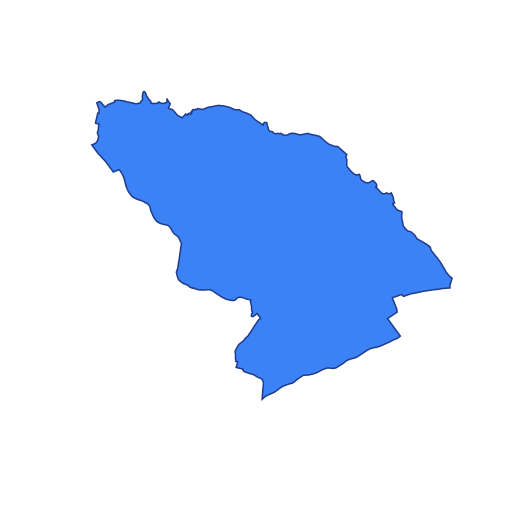 the district of Bichis, Mures, Romania, rotated 196°
{"feature_id": "2599482B14614576854068", "entity_name": "Bichis", "entity_type": "district", "adm_level": 2, "iso_a3": "ROU", "parent_name": "Romania", "parent_adm1": "Mures", "projection": "mercator", "projection_center": [24.102, 46.369], "detail": "fine", "context": "isolated", "style": "filled", "palette": "blue", "viewbox_px": 512, "rotation_deg": 196, "n_neighbors": 0, "source": "geoboundaries", "source_scale": "gbopen_adm2", "svg_char_len": 6121}
<svg xmlns="http://www.w3.org/2000/svg" viewBox="0 0 512 512"><g transform="rotate(196 256 256)"><path d="M352.6,381.7L353.6,380.4L354.4,380.5L354.7,380.2L354.8,379.7L355.5,379.2L356.1,379.5L356.8,379.5L357.0,379.3L357.5,378.4L357.4,378.0L357.1,377.4L357.0,377.2L358.0,376.8L358.1,376.5L358.0,376.2L357.5,375.7L357.3,375.2L357.4,374.8L357.6,374.5L358.2,374.4L358.5,374.5L359.1,375.0L359.4,374.9L360.3,374.1L360.7,373.6L360.8,373.2L360.3,373.1L360.2,373.0L360.3,372.8L361.0,372.5L362.1,372.6L362.8,373.1L364.9,368.7L369.1,369.3L370.5,369.7L374.2,372.3L375.7,373.2L377.1,373.7L379.8,373.8L381.0,374.0L380.5,377.3L380.5,379.0L381.4,379.4L382.7,380.4L384.7,382.4L384.8,382.4L384.4,380.7L384.2,379.6L384.4,378.5L385.3,378.3L386.7,377.2L388.8,376.9L389.6,376.5L390.0,376.4L390.3,376.6L390.5,376.8L391.0,377.2L391.9,377.3L392.2,376.8L392.3,376.1L392.7,375.6L393.0,375.4L393.4,375.6L394.5,374.9L395.3,374.8L396.7,374.3L398.5,373.9L399.3,373.9L399.3,374.6L399.6,375.5L400.6,376.3L401.7,376.8L405.0,379.4L407.4,382.6L408.7,383.3L409.2,383.2L409.6,381.8L409.6,380.5L409.2,377.9L408.7,376.4L408.2,375.4L408.2,374.9L408.9,373.6L409.3,372.7L409.4,371.0L410.2,370.8L412.6,369.5L413.3,369.2L419.5,368.9L422.8,368.6L425.5,368.7L431.0,367.9L433.9,366.9L434.6,366.5L434.5,365.5L434.3,365.1L439.8,360.8L441.4,358.5L441.9,357.5L442.1,357.5L447.7,361.1L449.2,361.3L451.3,359.3L447.1,353.4L446.4,350.0L447.5,349.8L447.1,341.3L446.9,339.4L443.2,339.5L443.2,338.2L443.0,336.5L442.3,333.6L442.3,333.0L442.5,332.4L442.5,330.9L442.2,330.2L441.9,329.6L440.5,328.3L440.3,327.2L440.1,325.6L440.1,323.2L440.7,321.3L441.2,320.4L442.6,319.0L444.5,317.5L436.3,311.2L427.0,305.6L416.3,297.4L411.4,301.2L410.5,300.7L409.3,299.8L407.6,298.3L404.9,295.2L402.9,292.2L400.5,287.8L397.4,283.8L396.6,282.9L393.6,280.4L391.3,278.9L388.6,278.2L385.3,277.7L380.9,277.6L380.2,277.4L379.5,277.4L378.6,277.2L377.4,276.7L375.2,276.5L373.5,275.7L372.4,275.0L371.7,274.2L370.8,272.8L370.2,271.6L369.7,270.8L367.2,267.6L364.6,264.6L361.3,262.1L359.1,261.3L356.2,260.9L354.2,260.9L349.3,261.2L348.2,260.9L346.6,259.9L345.6,259.1L343.6,257.0L340.9,254.9L340.1,254.5L337.9,253.8L336.2,252.9L334.4,251.5L333.7,250.7L333.3,249.8L332.8,249.3L331.9,248.4L331.2,247.8L330.3,241.0L328.8,230.6L328.6,227.9L328.3,226.2L328.1,224.4L327.8,222.7L328.0,221.2L328.1,218.4L327.3,217.1L326.5,215.5L324.8,213.0L324.0,212.0L323.0,211.3L319.1,209.8L318.0,209.5L313.6,209.1L311.1,207.9L309.0,207.6L307.6,207.6L306.5,208.3L306.0,207.8L303.2,207.6L301.5,207.8L299.3,208.2L295.6,209.3L292.7,210.5L291.4,210.7L288.6,210.7L282.4,208.5L281.0,208.2L277.9,207.2L272.5,206.2L267.6,206.5L265.6,206.9L265.1,207.1L264.4,207.4L263.7,208.2L262.3,210.8L261.9,211.1L260.2,211.9L257.6,212.4L253.3,212.0L249.0,212.3L248.7,212.2L248.8,210.6L247.1,207.5L246.6,207.0L246.0,205.4L245.9,204.3L244.5,201.5L243.9,201.1L243.8,200.8L243.8,200.4L244.2,199.5L244.2,198.6L244.1,197.6L243.7,196.8L243.1,196.7L242.5,196.8L241.9,197.2L241.0,198.1L240.3,199.4L239.2,201.0L236.0,198.7L234.4,197.2L235.0,196.3L235.8,195.5L236.1,194.9L237.9,189.2L238.2,188.6L238.8,186.2L239.8,183.0L240.4,180.7L240.8,179.8L241.3,178.6L241.4,177.6L241.8,176.7L243.4,174.3L244.8,170.8L247.5,167.2L248.5,165.2L249.8,159.4L249.8,158.4L249.4,157.6L248.6,155.7L247.9,153.7L247.6,152.0L247.2,151.1L246.5,149.9L246.5,149.2L245.2,149.1L244.5,149.3L244.3,147.6L244.3,146.4L244.4,143.4L237.5,143.7L237.5,143.1L237.1,142.9L236.2,141.9L235.6,141.6L231.8,141.4L230.7,141.3L230.7,141.2L226.8,141.4L225.4,141.2L221.9,140.2L216.4,139.3L215.1,138.0L213.7,135.7L212.9,131.1L212.6,129.2L210.6,120.0L209.4,121.9L208.3,123.7L206.3,125.5L201.4,129.6L200.4,130.6L195.6,136.8L193.8,138.5L191.5,140.3L188.0,142.7L186.2,143.6L184.6,145.3L182.5,148.6L180.0,151.6L178.4,153.5L177.4,154.4L176.9,154.7L176.0,154.9L172.5,156.2L168.5,158.4L165.4,160.6L160.6,165.2L157.6,167.4L155.6,168.3L151.3,169.1L149.9,169.6L148.5,170.4L148.0,170.8L142.3,177.2L140.9,179.3L139.9,180.6L139.1,181.3L138.4,181.7L136.4,183.3L132.9,185.2L131.2,186.6L123.6,195.5L121.7,197.4L120.6,198.4L119.2,199.3L117.8,200.2L114.9,201.5L113.1,202.7L111.4,203.9L103.4,210.6L101.8,212.3L97.2,216.0L95.2,218.8L112.3,232.1L104.9,240.9L106.0,243.7L113.4,253.3L112.7,254.0L108.3,257.0L106.3,258.6L105.3,258.8L104.4,258.7L103.1,257.8L97.9,261.5L96.0,262.7L90.5,265.4L86.3,267.8L75.2,272.9L74.0,273.2L67.9,276.1L60.7,278.8L61.5,280.9L61.4,284.9L61.4,288.8L64.6,290.0L69.4,293.4L70.3,294.6L77.0,300.9L78.4,301.8L79.9,303.1L81.6,304.4L83.8,305.8L89.2,309.7L90.8,312.3L92.4,313.3L94.6,314.1L98.1,315.1L105.9,316.9L108.6,319.4L112.5,321.4L114.0,322.0L117.3,321.9L121.0,324.2L122.7,325.6L124.1,328.2L124.6,329.5L125.7,331.0L126.4,332.5L127.9,338.8L133.0,339.2L137.4,342.4L139.0,344.1L137.4,345.3L138.5,346.5L140.3,350.2L142.0,352.4L143.5,354.0L144.4,352.7L145.0,352.2L146.4,352.5L148.0,352.7L148.6,351.9L149.4,351.4L150.7,350.9L151.4,350.9L152.8,351.2L156.7,353.6L158.2,354.3L159.0,355.4L159.4,354.9L160.0,355.2L159.3,357.1L160.1,358.3L161.1,359.1L164.0,360.7L164.7,360.6L165.2,360.3L166.2,358.9L167.6,357.8L169.0,357.0L171.2,356.8L175.3,358.0L176.4,358.7L177.9,361.4L178.6,362.5L179.3,363.0L180.8,362.0L181.9,361.6L183.0,361.6L184.3,361.9L185.8,362.5L189.0,364.2L190.3,365.3L192.8,366.7L193.3,367.3L193.7,368.0L195.2,373.5L195.8,374.4L196.5,375.1L196.7,375.9L196.9,377.1L196.7,378.7L197.4,378.9L207.5,383.7L208.8,383.6L209.9,383.2L211.5,383.1L215.2,383.4L217.6,383.8L219.8,384.7L221.9,385.6L226.0,387.8L227.9,388.5L231.7,388.5L236.9,388.0L239.9,388.2L246.9,384.6L253.0,384.4L254.6,384.1L256.4,383.4L257.6,382.6L259.2,380.8L259.9,380.5L263.3,379.7L263.7,380.2L264.3,380.5L265.3,380.4L265.8,380.8L266.3,380.7L266.7,380.3L267.2,380.0L268.4,379.9L269.7,379.6L270.9,379.0L272.2,378.8L272.8,379.0L274.0,379.9L274.5,380.0L275.1,379.9L277.1,379.7L278.0,380.3L279.0,381.1L279.4,382.2L281.2,384.7L282.4,387.2L284.4,386.9L284.9,386.5L285.2,385.4L285.1,383.8L285.6,383.9L286.9,384.6L287.9,384.5L288.5,384.9L294.3,386.7L299.9,390.1L303.8,390.7L309.2,391.0L312.4,392.0L316.4,390.8L322.3,391.6L328.1,391.4L333.7,390.4L340.8,386.8L342.9,385.9L345.5,383.8L348.3,382.0L352.6,381.7Z" fill="#3b82f6" stroke="#1e3a8a" stroke-width="1.5"/></g></svg>